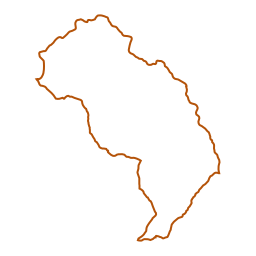 Covarachia, Boyacá, Colombia
{"feature_id": "7082276B26241752835550", "entity_name": "Covarachia", "entity_type": "district", "adm_level": 2, "iso_a3": "COL", "parent_name": "Colombia", "parent_adm1": "Boyacá", "projection": "robinson", "projection_center": [-72.733, 6.511], "detail": "fine", "context": "isolated", "style": "outline", "palette": "amber", "viewbox_px": 256, "rotation_deg": 0, "n_neighbors": 0, "source": "geoboundaries", "source_scale": "gbopen_adm2", "svg_char_len": 5764}
<svg xmlns="http://www.w3.org/2000/svg" viewBox="0 0 256 256"><path d="M130.5,42.3L131.5,39.9L131.7,39.1L131.7,38.4L131.6,37.9L131.3,37.4L130.9,37.0L129.0,36.4L127.5,36.1L124.0,35.8L122.8,35.0L122.2,34.1L121.6,32.8L119.9,31.5L118.0,29.3L117.0,27.8L115.8,26.8L113.0,26.2L112.1,25.7L111.6,25.1L110.9,24.1L110.6,23.4L109.8,22.2L108.9,21.2L108.5,20.1L107.9,18.1L107.6,17.6L107.1,17.3L106.1,17.0L104.5,16.3L102.1,15.6L100.9,15.4L99.3,15.4L98.0,15.5L97.5,15.8L96.6,16.6L95.6,18.0L95.2,18.7L94.9,19.3L93.0,20.0L91.5,20.3L90.8,20.3L89.8,20.0L88.4,20.0L87.8,20.4L87.5,21.7L87.3,22.0L86.9,22.1L85.9,21.9L84.5,21.4L82.9,20.2L80.9,19.3L80.5,19.3L79.9,19.6L79.0,19.8L77.8,20.0L77.0,20.3L76.5,20.7L76.0,21.4L75.4,22.7L75.3,24.1L75.8,27.5L75.8,28.3L75.6,28.8L75.2,29.3L72.5,30.7L69.7,31.6L69.0,32.1L68.4,32.7L67.1,34.2L65.0,36.2L63.0,37.9L62.1,38.0L61.3,37.7L60.8,37.2L59.9,37.1L59.1,37.2L58.2,37.6L57.1,38.4L55.7,39.7L54.9,40.6L53.4,42.7L51.8,44.2L50.7,45.1L49.6,45.5L47.3,48.3L45.9,50.6L45.0,51.1L43.7,51.1L39.8,52.2L39.4,52.7L39.2,53.6L39.7,56.4L40.2,57.2L43.2,60.2L43.7,60.9L43.9,63.0L44.0,66.1L43.9,69.4L43.4,73.1L42.8,74.9L41.5,77.3L40.5,78.3L39.5,78.9L38.7,79.1L37.6,79.0L36.5,79.2L37.4,80.4L38.3,81.2L38.5,82.1L39.1,83.2L39.2,83.7L39.8,84.8L40.8,85.6L42.3,85.8L44.0,86.3L45.1,86.8L46.1,87.7L46.8,88.8L51.3,92.8L51.7,93.2L53.6,95.3L55.8,98.6L57.6,98.9L59.3,98.8L62.6,97.8L62.9,97.9L63.6,98.6L64.0,98.7L64.4,98.6L64.8,97.9L65.7,97.0L67.2,96.0L68.1,95.9L68.5,95.9L69.7,96.6L70.1,96.7L71.2,96.6L72.0,96.8L74.5,97.9L80.6,99.9L81.2,100.3L81.7,100.8L82.0,101.4L82.3,103.4L82.9,105.1L84.2,107.1L85.5,108.5L86.1,108.8L86.9,111.3L87.2,111.8L87.7,112.2L88.1,113.5L88.4,114.9L88.4,115.5L88.1,117.1L88.3,118.8L88.0,120.7L88.1,121.4L88.5,122.9L88.5,123.7L89.3,126.6L89.7,127.4L89.7,128.7L89.7,129.1L89.9,129.7L89.9,132.7L90.2,133.2L90.5,133.5L91.2,133.9L91.7,134.4L93.1,137.0L94.6,139.3L95.2,141.1L95.6,141.5L96.7,142.1L98.5,144.8L99.4,146.9L99.9,147.4L100.6,147.9L102.3,148.5L103.6,148.5L106.2,148.9L107.1,150.3L107.5,150.5L108.0,150.6L108.1,150.8L108.2,151.1L107.9,151.7L108.0,152.2L108.5,152.7L111.0,154.8L112.7,155.7L113.4,155.9L114.3,155.9L115.0,155.8L116.2,155.2L116.8,154.7L118.3,154.3L121.6,154.2L122.3,154.2L124.3,154.7L124.9,155.2L126.0,156.4L126.6,156.7L127.0,156.9L127.7,156.8L128.4,156.9L130.0,157.5L130.6,157.8L131.8,157.9L133.7,157.8L134.8,158.0L136.7,158.6L139.6,159.9L140.8,160.7L138.6,165.2L138.5,166.2L138.4,168.8L137.7,171.3L137.5,172.1L137.5,172.7L137.8,173.8L139.2,177.9L139.3,178.5L139.3,180.4L139.3,184.0L139.5,185.4L139.5,188.6L141.4,189.6L142.6,190.6L143.2,191.3L143.6,192.1L143.7,192.9L144.2,193.7L144.8,194.5L145.5,195.3L146.5,196.7L146.9,197.2L147.4,197.4L147.8,197.5L148.9,199.6L149.6,200.6L150.1,200.9L150.4,201.0L150.6,201.1L151.5,202.6L152.8,206.3L154.8,211.3L155.3,212.2L155.9,212.9L156.1,214.3L155.6,215.5L152.6,218.2L152.1,219.3L149.2,223.1L147.7,225.4L146.9,226.9L146.5,228.2L146.2,231.0L145.1,232.6L144.6,233.2L144.1,234.1L143.1,235.2L141.6,236.5L138.5,238.5L138.2,239.2L137.9,240.2L139.0,240.5L140.5,240.6L141.3,240.6L141.9,240.4L143.0,239.7L144.1,239.2L144.8,239.1L146.0,239.2L147.4,239.2L148.6,239.4L150.4,240.0L152.9,239.0L154.9,237.2L155.6,237.4L156.0,236.0L156.2,235.9L156.9,236.0L158.7,236.4L159.7,236.9L160.6,237.1L161.4,237.4L162.8,238.3L163.2,238.3L163.6,238.3L165.2,237.6L167.4,237.0L168.0,236.0L168.7,234.4L169.8,231.4L170.6,230.0L170.8,229.3L170.8,228.6L171.0,228.0L171.7,224.7L172.0,224.2L173.7,222.0L174.3,221.4L178.1,218.2L179.0,217.8L181.6,217.0L182.1,216.8L182.3,216.6L182.7,215.8L182.7,215.1L183.0,214.6L183.6,214.2L184.3,214.1L185.3,213.1L185.8,212.4L186.1,211.8L186.2,211.0L186.6,210.6L187.5,210.1L187.8,209.4L188.2,207.9L189.1,206.9L189.6,206.5L191.5,203.4L191.6,202.6L191.4,202.0L191.4,201.2L191.4,200.3L191.6,199.9L192.0,199.5L192.1,199.0L192.9,198.0L193.4,197.1L194.4,196.5L194.8,196.0L195.3,195.0L195.3,194.5L195.5,194.0L196.1,193.6L196.4,193.1L198.3,192.0L198.8,191.0L199.1,190.1L199.6,189.4L200.8,188.3L203.2,185.4L204.4,184.7L205.4,184.0L208.1,181.1L208.3,180.8L209.3,178.1L210.4,176.3L211.1,175.9L211.9,175.6L214.2,173.4L214.8,173.0L215.7,172.7L216.2,172.7L217.5,172.8L218.7,173.2L219.2,173.2L218.7,171.0L218.5,169.3L218.6,166.1L218.9,164.7L219.5,162.4L219.4,161.4L219.2,160.0L217.9,157.4L217.3,155.1L216.9,154.5L216.2,153.8L215.5,153.2L214.8,152.4L214.6,151.9L214.4,150.2L214.0,148.4L214.1,145.7L214.0,144.7L213.4,143.4L212.2,142.2L212.1,140.5L211.9,140.1L210.9,139.6L210.6,139.1L210.2,137.8L210.3,136.6L210.1,136.0L209.8,135.3L209.6,134.4L209.0,132.8L208.6,132.1L207.6,131.4L205.2,128.6L201.8,126.1L199.8,125.1L199.3,124.6L199.0,124.1L198.6,123.2L198.4,121.7L198.5,121.2L199.1,119.1L199.3,118.4L199.3,118.1L199.1,116.9L198.3,115.9L196.5,114.6L196.2,114.0L196.1,113.3L196.0,112.7L196.4,111.3L197.2,109.7L197.6,108.6L197.6,107.5L197.0,106.2L196.6,105.5L195.5,104.6L194.6,104.2L192.0,103.5L191.0,103.1L190.1,102.6L189.5,101.8L189.3,101.1L188.5,99.8L188.0,97.6L187.5,96.4L186.4,95.4L186.3,95.2L186.0,93.9L186.0,93.5L186.1,93.1L186.6,92.0L186.8,91.2L186.9,89.4L186.1,86.4L186.5,86.2L186.4,85.3L185.7,84.2L184.9,83.4L181.3,81.3L178.6,79.7L177.9,79.4L175.8,79.0L174.8,78.7L174.0,78.1L173.4,77.5L172.8,76.5L172.1,74.2L171.6,73.6L169.8,72.1L169.2,71.0L168.6,69.9L167.6,68.3L166.9,67.5L165.0,66.2L164.8,65.3L164.6,64.0L164.1,62.9L163.3,62.3L162.0,61.4L161.0,61.0L159.6,61.0L157.8,60.7L157.3,60.7L157.0,60.9L156.6,61.2L156.3,62.2L156.1,63.4L155.6,63.9L155.2,64.1L153.2,63.8L152.6,64.0L151.4,64.7L150.2,64.9L149.1,64.9L147.9,64.4L147.2,63.8L146.4,62.2L145.9,61.6L144.8,61.0L144.0,60.9L143.3,60.3L142.3,59.2L141.8,59.0L139.1,58.7L137.5,57.5L136.1,57.0L135.5,56.5L133.6,54.7L132.7,54.1L130.9,53.4L130.4,53.1L129.3,52.0L129.1,51.6L128.8,50.5L128.8,49.6L129.6,45.6L130.5,42.3Z" fill="none" stroke="#b45309" stroke-width="2"/></svg>